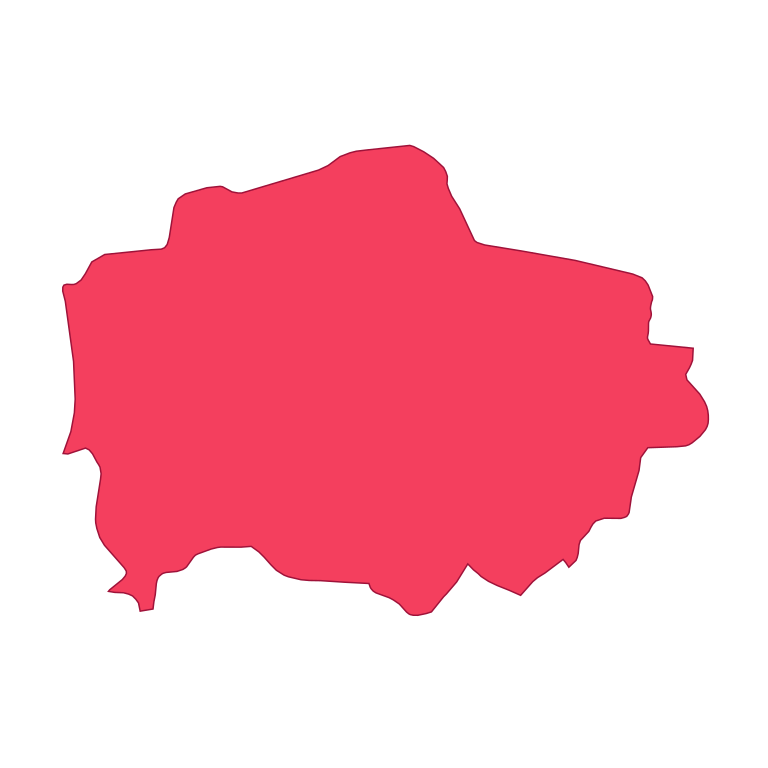 the border of Dundgovi, rotated 183°
{"feature_id": "MNG-3325", "entity_name": "Dundgovi", "entity_type": "Province", "adm_level": 1, "iso_a3": "MNG", "parent_name": "Mongolia", "parent_adm1": "", "projection": "albers", "projection_center": [106.117, 45.486], "detail": "fine", "context": "isolated", "style": "filled", "palette": "rose", "viewbox_px": 768, "rotation_deg": 183, "n_neighbors": 0, "source": "natural_earth", "source_scale": "10m", "svg_char_len": 2755}
<svg xmlns="http://www.w3.org/2000/svg" viewBox="0 0 768 768"><g transform="rotate(183 384 384)"><path d="M508.1,214.9L518.3,213.6L538.6,212.6L541.9,212.0L548.1,210.1L561.0,204.6L563.4,203.2L565.2,201.1L571.5,191.2L572.6,190.1L575.1,188.3L580.9,186.0L591.8,184.4L594.7,183.4L596.1,182.5L598.5,180.2L599.4,178.8L600.4,175.9L600.9,172.8L601.4,161.5L602.4,154.5L602.9,147.2L615.6,144.4L617.7,152.5L620.5,156.0L624.0,159.2L628.0,160.8L633.2,161.9L642.0,161.8L648.3,162.5L647.2,164.1L635.1,175.0L632.4,178.6L631.3,181.3L631.6,183.8L633.9,187.0L654.7,208.3L659.8,215.8L663.2,224.7L664.6,230.2L665.0,233.9L665.0,246.3L662.1,274.0L661.8,279.6L663.2,286.0L664.8,288.6L666.5,290.9L671.4,299.0L675.0,302.8L678.7,304.4L696.0,297.6L700.8,297.8L694.2,320.1L691.7,339.0L691.6,352.7L695.2,390.3L706.6,450.0L709.7,460.0L709.8,463.9L708.8,466.0L706.0,467.0L701.0,467.0L698.9,467.2L696.6,468.1L691.9,472.0L688.0,478.5L682.2,490.6L669.7,498.7L623.3,505.9L613.5,507.0L610.2,508.6L607.8,512.0L606.1,519.1L603.0,549.2L601.0,554.7L599.2,558.2L592.4,563.4L571.2,570.7L558.0,572.8L555.5,572.5L545.9,567.9L539.8,567.1L536.0,567.3L460.6,594.2L451.3,599.2L439.7,608.8L430.0,613.1L423.9,615.0L412.2,617.0L370.7,623.6L366.7,622.6L356.5,618.0L346.3,612.0L335.8,603.3L333.5,599.4L331.6,594.7L331.5,590.8L331.6,587.2L330.0,582.7L326.3,575.1L317.6,562.9L301.2,532.0L298.6,530.2L290.7,528.1L253.3,524.0L199.4,517.4L141.3,506.8L131.7,503.5L128.4,500.6L125.4,496.6L120.3,485.4L120.3,483.5L120.4,482.1L121.1,480.0L121.8,475.7L121.9,473.5L121.7,472.1L121.2,470.4L120.8,468.4L120.7,467.2L120.8,466.0L121.0,464.9L121.2,463.9L122.4,461.3L122.8,460.3L123.0,459.2L123.0,458.0L122.7,450.9L122.8,448.5L123.3,445.1L123.3,444.0L123.2,443.2L122.5,441.8L120.0,437.9L77.1,435.9L77.1,423.8L78.3,419.9L79.8,416.2L83.2,409.4L81.7,404.0L68.1,390.4L63.0,383.1L60.6,378.4L59.3,374.3L58.5,369.8L58.2,365.5L58.3,361.8L59.1,358.5L60.6,355.2L65.7,348.3L73.2,341.4L76.3,339.3L79.6,338.0L88.2,336.7L117.2,334.2L123.8,323.9L124.8,310.9L131.1,284.0L131.3,281.4L132.5,268.5L133.2,266.8L134.7,264.5L136.8,263.4L140.4,262.2L157.0,261.5L165.3,258.3L168.1,255.1L169.9,251.7L171.7,247.6L179.7,238.0L180.8,233.8L181.2,224.9L182.0,220.8L183.0,217.9L189.8,210.7L193.2,215.2L196.0,218.2L213.2,203.8L220.5,198.7L225.1,194.4L236.5,180.1L248.3,184.6L260.4,188.7L269.3,192.4L277.0,196.9L279.9,199.5L284.9,203.1L290.9,208.7L301.1,190.1L310.7,177.6L313.3,174.7L324.7,158.9L329.8,157.0L338.1,154.8L342.7,154.6L345.7,155.1L347.1,155.7L349.5,157.4L357.2,165.1L363.4,168.9L367.7,170.9L381.1,175.0L383.9,176.6L386.1,178.8L387.0,180.1L388.6,184.0L412.8,184.0L437.2,184.3L448.3,183.9L456.7,184.2L469.5,186.5L473.8,187.9L481.8,192.4L487.2,197.3L494.6,204.8L500.2,209.8L508.1,214.9Z" fill="#f43f5e" stroke="#9f1239" stroke-width="1.5"/></g></svg>